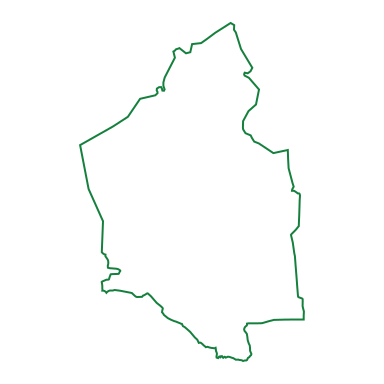 outline of Bankass, Mopti, Mali
{"feature_id": "8926073B46110396602069", "entity_name": "Bankass", "entity_type": "district", "adm_level": 2, "iso_a3": "MLI", "parent_name": "Mali", "parent_adm1": "Mopti", "projection": "robinson", "projection_center": [-3.598, 13.688], "detail": "fine", "context": "isolated", "style": "outline", "palette": "green", "viewbox_px": 384, "rotation_deg": 0, "n_neighbors": 0, "source": "geoboundaries", "source_scale": "gbopen_adm2", "svg_char_len": 3624}
<svg xmlns="http://www.w3.org/2000/svg" viewBox="0 0 384 384"><path d="M80.1,145.1L88.6,189.0L103.0,221.2L101.8,252.2L102.4,252.9L103.3,253.7L104.1,254.2L105.5,254.6L105.4,255.4L105.5,256.4L106.7,258.1L107.7,259.6L108.2,261.0L108.3,263.6L107.8,265.8L107.8,266.3L107.9,267.7L109.7,268.2L113.7,268.5L116.1,268.7L117.7,269.0L118.8,269.5L120.0,270.3L120.3,270.9L119.5,272.1L118.9,273.6L118.4,273.9L112.6,274.1L111.5,274.2L110.7,274.3L110.5,274.7L110.3,275.3L109.4,277.7L109.2,278.7L108.9,279.4L108.1,279.7L106.5,279.7L103.6,280.9L102.2,281.5L101.7,282.0L102.0,283.5L102.3,285.9L102.3,288.5L102.4,289.3L102.5,289.9L102.3,290.6L103.7,290.7L105.0,291.3L105.8,291.9L106.4,292.8L107.1,292.0L108.7,290.9L109.4,290.7L110.0,290.5L110.4,290.5L110.5,290.5L112.8,290.5L113.7,290.3L114.6,290.0L120.0,290.7L128.8,292.4L131.8,293.0L134.8,295.8L135.6,296.5L136.9,297.0L140.2,296.9L141.9,296.9L142.6,296.2L143.0,295.6L144.2,295.2L145.7,294.3L147.2,293.4L147.8,293.4L151.0,296.3L156.6,302.8L160.7,306.1L162.5,307.8L162.8,308.6L162.3,310.4L162.2,311.2L162.0,312.2L162.6,312.9L163.5,314.1L164.0,315.0L165.4,316.1L167.8,318.1L171.1,319.8L174.2,321.1L176.0,321.6L178.1,322.5L179.7,323.1L180.9,323.7L181.9,323.9L182.4,325.0L183.0,326.2L184.6,327.0L186.7,328.8L190.1,331.8L194.8,337.4L197.3,339.7L197.9,341.0L198.5,342.3L198.8,342.9L199.9,342.6L200.7,342.7L202.6,344.2L203.4,345.1L204.9,346.3L205.8,347.2L207.5,346.8L209.5,347.5L211.3,347.9L213.1,348.1L214.3,348.3L215.0,348.1L215.6,347.8L215.8,349.0L216.0,351.0L216.4,351.9L216.9,353.4L216.9,353.5L216.8,354.9L216.5,356.4L216.5,357.1L216.6,357.6L217.2,357.8L218.1,358.1L218.6,357.2L219.3,356.5L219.8,356.5L220.3,357.3L220.9,356.8L221.1,356.2L222.1,356.2L222.7,357.4L223.2,357.8L223.8,357.4L224.5,356.8L225.2,357.0L225.7,357.6L226.4,357.4L226.8,357.2L227.9,356.7L229.5,356.9L231.4,357.6L233.4,358.2L235.0,359.2L235.8,359.7L238.4,359.6L239.0,359.9L239.8,360.0L241.3,360.2L241.9,360.3L243.0,361.0L244.3,360.6L245.3,360.4L246.1,360.5L247.1,359.9L247.5,358.9L248.0,357.9L249.2,357.2L250.1,356.0L250.3,355.8L251.0,355.2L251.4,354.0L251.3,353.7L250.8,352.6L250.1,350.8L250.0,347.6L249.7,345.3L248.8,343.6L247.7,340.1L247.3,336.5L246.8,333.8L245.5,332.0L244.7,331.2L244.3,330.1L244.1,329.2L244.4,328.2L245.2,326.8L246.4,325.8L246.7,325.6L247.1,324.6L247.0,323.6L248.8,323.3L258.2,323.3L262.0,323.2L269.2,321.1L274.0,319.9L285.2,319.6L297.7,319.5L298.9,319.5L301.7,319.5L303.1,319.5L303.7,319.5L303.7,315.5L303.9,311.5L303.0,308.0L302.6,306.1L302.7,300.5L302.7,299.7L302.5,298.8L301.9,298.4L299.4,297.5L298.4,297.1L298.0,296.2L297.3,287.5L296.5,276.7L295.6,265.5L294.9,256.1L294.3,253.3L292.8,242.7L291.4,236.7L291.0,234.9L291.4,234.2L294.9,230.7L296.2,229.3L298.2,226.8L298.8,226.1L298.9,222.7L299.2,216.0L299.5,206.5L299.7,199.9L300.0,195.7L299.7,194.1L299.0,193.4L297.7,193.4L296.8,192.6L294.9,191.3L294.0,190.8L292.5,190.8L292.0,190.8L292.1,189.8L292.6,188.6L293.5,187.0L293.7,186.7L292.6,183.3L288.6,168.2L288.1,158.7L287.8,150.0L278.0,152.1L273.4,153.1L258.8,143.4L254.2,141.6L251.9,137.9L250.7,135.4L245.5,133.2L243.2,129.5L242.9,127.7L243.1,121.1L248.5,111.1L256.0,104.5L259.0,89.5L248.9,77.8L244.6,75.6L244.1,74.2L244.7,72.7L247.7,73.3L250.5,71.3L252.3,67.8L241.0,49.0L235.8,32.4L234.0,29.8L234.2,25.1L230.6,23.0L215.2,32.8L206.9,39.0L201.1,43.1L192.1,44.1L190.3,52.2L186.0,53.3L179.4,48.1L178.3,48.6L176.0,49.3L174.7,50.8L173.4,51.5L174.9,57.7L164.7,77.5L163.4,82.4L163.4,85.9L164.6,89.4L164.0,90.7L162.4,90.6L161.9,88.5L161.1,87.1L159.0,87.2L156.9,88.6L156.7,90.4L157.5,91.9L157.5,93.2L155.3,95.3L140.1,98.8L127.9,116.8L113.1,126.4L80.1,145.1Z" fill="none" stroke="#15803d" stroke-width="2"/></svg>